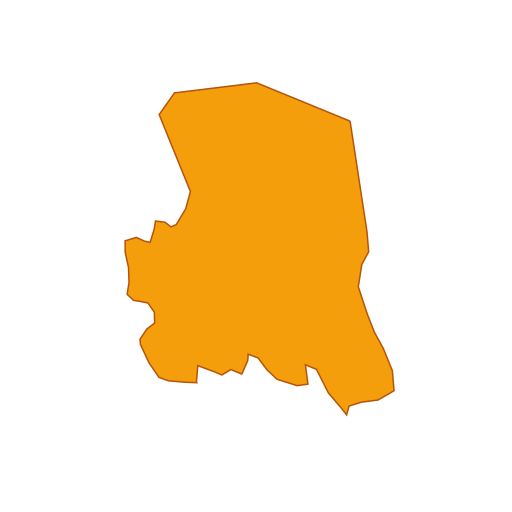 Mariestad, Västra Götaland, Sweden (Robinson projection), rotated 65°
{"feature_id": "70781695B85574102169861", "entity_name": "Mariestad", "entity_type": "district", "adm_level": 2, "iso_a3": "SWE", "parent_name": "Sweden", "parent_adm1": "Västra Götaland", "projection": "robinson", "projection_center": [13.853, 58.786], "detail": "fine", "context": "isolated", "style": "filled", "palette": "amber", "viewbox_px": 512, "rotation_deg": 65, "n_neighbors": 0, "source": "geoboundaries", "source_scale": "gbopen_adm2", "svg_char_len": 958}
<svg xmlns="http://www.w3.org/2000/svg" viewBox="0 0 512 512"><g transform="rotate(65 256 256)"><path d="M86.9,284.0L169.9,288.2L183.5,299.8L193.8,314.9L193.8,320.7L186.9,324.2L181.8,332.3L188.6,336.9L198.9,346.2L195.4,350.8L188.6,356.6L186.9,368.2L197.1,372.9L212.5,376.4L226.2,382.2L236.3,389.0L244.5,385.7L248.0,380.5L252.9,373.8L264.1,371.9L273.9,376.2L276.0,385.7L282.3,396.2L287.3,398.1L307.6,398.1L325.1,395.2L332.1,388.1L339.8,374.7L343.3,368.1L345.8,363.2L345.0,363.2L330.8,355.1L342.8,343.2L349.4,337.2L348.3,326.8L357.0,318.7L347.2,307.6L341.7,304.6L349.3,297.2L363.6,294.2L376.7,289.0L390.9,273.5L394.1,263.1L375.5,257.2L384.3,249.1L410.5,248.3L429.1,243.2L438.3,241.0L431.3,235.1L433.0,222.4L438.1,206.2L436.4,187.8L417.6,180.9L393.7,179.7L374.9,180.9L356.1,179.7L327.1,176.3L308.3,163.6L299.8,152.1L281.0,145.2L174.1,113.9L173.4,114.0L173.1,114.2L99.3,182.3L73.7,260.9L86.9,284.0Z" fill="#f59e0b" stroke="#b45309" stroke-width="1.5"/></g></svg>